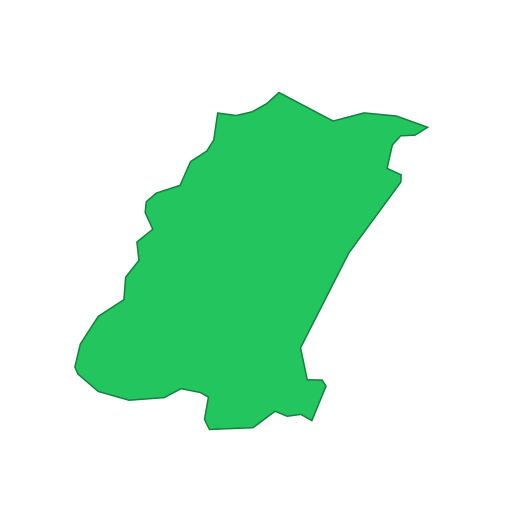 an SVG outline of West Berkshire, rotated 296°
{"feature_id": "GBR-5700", "entity_name": "West Berkshire", "entity_type": "Unitary Authority", "adm_level": 1, "iso_a3": "GBR", "parent_name": "United Kingdom", "parent_adm1": "", "projection": "mercator", "projection_center": [-1.328, 51.443], "detail": "fine", "context": "isolated", "style": "filled", "palette": "green", "viewbox_px": 512, "rotation_deg": 296, "n_neighbors": 0, "source": "natural_earth", "source_scale": "10m", "svg_char_len": 774}
<svg xmlns="http://www.w3.org/2000/svg" viewBox="0 0 512 512"><g transform="rotate(296 256 256)"><path d="M446.9,353.8L434.3,345.9L427.4,333.3L415.5,329.9L392.2,335.4L392.6,350.8L386.1,353.8L299.5,338.1L193.0,336.3L167.2,356.3L173.5,369.8L169.7,376.0L132.5,378.4L133.3,365.8L125.6,354.2L124.8,341.2L100.4,328.6L79.7,290.2L86.6,281.3L108.3,275.1L108.9,265.8L103.9,246.8L88.5,235.6L70.7,205.1L67.9,189.4L65.1,173.5L71.8,147.8L76.8,141.9L99.8,136.7L132.7,140.7L158.8,156.4L179.9,148.1L200.8,152.7L216.4,142.8L234.8,151.5L246.5,137.3L256.7,133.6L268.8,138.8L286.3,156.8L312.2,155.8L328.7,165.7L341.7,167.2L367.7,158.9L373.6,176.6L383.9,189.3L397.6,198.8L413.0,204.9L411.1,266.1L432.0,290.4L443.4,320.9L446.9,353.8Z" fill="#22c55e" stroke="#15803d" stroke-width="1.5"/></g></svg>